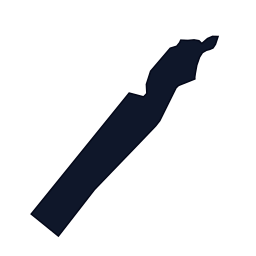 SVG path tracing the border of Namayingo, rotated 39°
{"feature_id": "UGA-5614", "entity_name": "Namayingo", "entity_type": "District", "adm_level": 1, "iso_a3": "UGA", "parent_name": "Uganda", "parent_adm1": "", "projection": "equal_earth", "projection_center": [33.828, -0.264], "detail": "fine", "context": "isolated", "style": "filled", "palette": "ink", "viewbox_px": 256, "rotation_deg": 39, "n_neighbors": 0, "source": "natural_earth", "source_scale": "10m", "svg_char_len": 640}
<svg xmlns="http://www.w3.org/2000/svg" viewBox="0 0 256 256"><g transform="rotate(39 128 128)"><path d="M141.9,255.8L131.4,255.8L107.9,255.8L106.9,255.8L106.9,100.1L120.5,94.0L120.9,89.3L114.8,82.5L109.8,69.6L110.6,39.4L114.4,33.8L114.4,30.3L114.4,29.2L113.7,26.5L119.4,22.3L123.9,17.9L128.2,15.5L132.2,15.9L133.5,8.4L136.0,3.6L140.4,0.2L143.3,7.9L143.7,12.3L142.1,15.4L140.0,18.3L138.4,22.6L139.0,27.8L141.9,35.8L146.0,43.3L148.0,46.6L149.1,47.8L148.0,49.8L140.5,63.2L140.1,66.6L144.1,84.5L148.1,102.3L148.2,109.0L145.9,136.4L142.8,172.2L140.7,197.0L141.2,220.6L141.9,255.8Z" fill="#0f172a" stroke="#020617" stroke-width="1.5"/></g></svg>